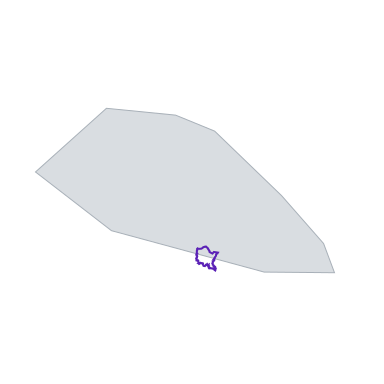 Lumiere, Dennery, Saint Lucia (highlighted), rotated 103°
{"feature_id": "8701671B42420673442147", "entity_name": "Lumiere", "entity_type": "district", "adm_level": 2, "iso_a3": "LCA", "parent_name": "Saint Lucia", "parent_adm1": "Dennery", "projection": "natural_earth1", "projection_center": [-60.885, 13.94], "detail": "fine", "context": "in_parent", "style": "outline", "palette": "violet", "viewbox_px": 384, "rotation_deg": 103, "n_neighbors": 0, "source": "geoboundaries", "source_scale": "gbopen_adm2", "svg_char_len": 4330}
<svg xmlns="http://www.w3.org/2000/svg" viewBox="0 0 384 384"><g transform="rotate(103 192 192)"><path d="M247.8,261.8L207.7,349.0L129.7,294.2L120.8,225.3L127.6,183.6L175.4,103.9L212.6,52.2L238.6,35.0L253.8,103.7L247.8,261.8Z" fill="#d9dde1" stroke="#a8b0b8" stroke-width="1"/><path d="M242.0,165.9L242.0,166.0L242.2,166.6L242.2,166.9L242.3,167.0L242.6,167.1L242.6,167.5L242.9,168.0L243.2,168.6L243.4,168.7L243.5,168.8L243.9,168.9L244.3,169.3L244.6,169.5L244.8,169.9L245.1,170.2L245.3,170.4L245.4,170.7L245.4,171.1L245.6,171.7L245.7,171.9L245.8,172.4L245.8,172.9L246.0,173.3L245.7,173.9L246.4,174.3L246.5,174.3L246.9,174.0L247.2,173.8L247.5,173.8L247.8,174.0L248.1,174.1L248.8,173.8L249.2,173.9L249.4,173.9L249.8,173.8L250.0,173.7L250.5,173.1L250.8,172.9L251.2,173.3L251.3,173.6L251.5,173.7L251.8,173.5L252.3,173.7L252.7,172.9L252.8,172.8L253.3,172.5L253.4,172.4L253.8,172.4L253.9,172.5L254.2,172.7L254.3,172.6L254.5,172.7L254.9,172.4L255.0,172.4L255.2,172.5L255.4,172.5L255.6,172.6L255.8,173.0L256.0,173.0L256.1,172.9L256.2,172.6L256.3,172.5L256.4,172.4L256.7,172.3L257.0,172.3L257.3,172.4L257.7,172.3L257.7,172.2L257.6,171.9L257.6,171.7L257.4,171.6L257.5,171.5L257.6,171.4L257.5,171.2L257.4,171.1L257.2,170.9L257.2,170.7L257.3,170.6L257.5,170.4L258.0,170.4L258.1,170.5L258.2,170.4L258.3,170.4L258.5,170.3L259.0,170.1L259.3,169.9L259.4,169.7L259.5,169.7L259.8,169.3L259.9,169.2L260.0,169.3L260.0,169.2L260.3,169.0L260.2,168.9L260.3,168.9L260.5,169.0L260.6,168.9L260.5,168.7L260.3,168.6L260.1,168.8L260.0,168.7L259.9,168.8L259.5,168.8L259.5,168.7L259.3,168.7L259.2,168.6L259.1,168.2L259.1,167.7L259.3,167.8L259.3,167.7L259.5,167.7L259.4,167.5L259.5,167.4L259.5,167.0L259.4,166.9L259.2,166.7L259.1,166.3L259.2,166.2L259.1,165.9L259.0,165.6L259.0,165.3L259.1,165.2L259.3,165.2L259.6,165.2L259.8,165.2L260.1,165.1L260.3,165.0L260.9,164.5L261.3,164.3L261.4,164.2L261.4,163.7L261.4,163.3L261.3,163.1L261.3,162.8L261.3,162.7L261.1,162.6L260.9,162.6L260.7,162.6L260.5,162.4L260.3,162.4L260.0,162.3L259.9,162.2L259.7,162.1L259.6,161.9L259.7,161.7L259.8,161.6L259.7,161.5L259.8,161.5L259.7,161.4L259.7,161.5L259.6,161.4L259.4,161.2L259.3,161.3L259.2,161.4L259.1,161.5L258.7,161.6L258.8,161.6L258.7,161.4L258.9,161.3L258.9,161.2L259.1,161.0L259.3,161.0L259.2,160.9L259.4,160.7L259.5,160.6L259.4,160.4L259.5,160.3L259.4,160.3L259.4,160.1L259.3,159.9L259.5,159.9L259.4,159.7L259.2,159.5L259.3,159.5L259.4,159.4L259.5,159.4L259.5,159.5L259.6,159.4L259.6,159.2L260.3,158.9L260.5,159.0L260.5,158.9L260.9,159.0L260.9,158.9L261.1,158.8L261.2,158.7L261.3,158.6L261.7,158.4L261.8,158.4L261.9,158.5L262.1,158.4L262.2,158.5L262.3,158.5L262.4,158.4L262.6,158.1L262.5,157.8L262.3,157.7L262.2,157.6L261.9,157.5L261.8,157.4L261.9,157.2L261.9,156.9L262.0,156.9L262.1,156.7L262.2,156.4L262.1,155.9L262.1,155.7L262.0,155.4L262.0,155.2L261.8,154.9L261.9,154.7L262.0,154.5L262.1,154.3L261.9,154.0L261.8,153.8L261.7,153.8L261.5,153.7L261.6,153.4L261.7,152.7L261.9,152.6L262.0,152.5L262.3,152.5L262.6,152.8L262.7,152.7L262.8,152.7L263.0,152.4L263.0,152.2L263.1,151.9L263.2,151.7L262.7,151.6L262.6,151.8L262.4,151.8L262.3,152.1L262.1,152.3L261.8,152.6L261.7,152.6L261.4,152.3L261.5,152.2L261.4,152.1L261.3,152.4L261.1,152.8L260.9,152.8L260.7,152.7L260.6,152.3L260.5,152.2L260.4,152.3L260.1,152.6L259.9,152.6L259.7,152.6L259.6,152.8L259.4,153.3L259.3,153.6L259.4,154.0L259.3,154.4L259.2,154.4L258.8,154.2L258.7,154.3L258.4,154.7L258.2,155.2L258.2,155.4L258.2,155.5L257.9,155.6L257.7,155.6L257.2,155.6L256.9,155.7L256.9,155.9L257.0,156.0L256.9,156.2L256.7,156.2L256.2,155.8L255.9,155.8L255.1,155.9L254.9,156.1L254.7,155.7L254.1,155.2L253.9,155.6L253.6,155.8L253.4,155.9L253.3,155.5L253.2,155.1L252.9,155.0L252.7,155.1L252.6,155.3L251.9,155.5L251.8,155.2L251.7,155.1L251.5,155.3L251.3,155.2L251.2,155.1L250.7,155.1L250.4,154.9L250.1,154.9L249.9,154.8L249.8,154.7L249.7,154.6L249.2,154.4L248.8,154.3L248.5,154.3L248.2,154.3L247.7,154.4L247.5,154.5L247.1,154.4L246.8,154.2L246.6,154.0L246.4,153.9L246.2,153.4L245.7,153.3L245.5,153.2L245.2,153.1L245.5,157.2L247.4,158.2L246.7,160.9L246.5,161.4L246.3,161.6L246.0,161.6L245.7,161.6L245.4,161.8L245.2,162.1L244.9,162.4L244.8,162.6L244.6,162.7L244.5,162.8L244.4,163.0L244.2,163.0L243.9,163.5L243.7,163.7L243.4,163.7L243.1,164.0L243.0,164.3L243.0,164.5L242.0,165.9Z" fill="none" stroke="#5b21b6" stroke-width="2"/></g></svg>